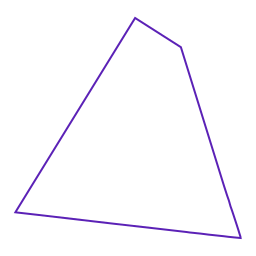 Nome nor, Telemark, Norway (Albers equal-area conic projection)
{"feature_id": "86288312B29220446300399", "entity_name": "Nome nor", "entity_type": "district", "adm_level": 2, "iso_a3": "NOR", "parent_name": "Norway", "parent_adm1": "Telemark", "projection": "albers", "projection_center": [9.279, 59.161], "detail": "fine", "context": "isolated", "style": "outline", "palette": "violet", "viewbox_px": 256, "rotation_deg": 0, "n_neighbors": 0, "source": "geoboundaries", "source_scale": "gbopen_adm2", "svg_char_len": 562}
<svg xmlns="http://www.w3.org/2000/svg" viewBox="0 0 256 256"><path d="M15.4,212.3L17.0,212.5L39.0,215.0L112.7,223.6L156.0,228.5L186.4,232.0L189.8,232.5L193.9,232.9L196.6,233.2L200.6,233.6L204.6,234.1L208.4,234.6L213.2,235.1L218.8,235.7L223.6,236.2L228.3,236.8L234.1,237.4L240.6,238.0L240.4,236.5L239.5,233.7L238.4,230.1L236.6,224.5L235.1,219.9L233.3,214.4L232.0,210.5L230.5,206.3L228.9,200.6L227.1,195.5L224.1,186.2L223.1,183.0L220.4,174.3L192.9,85.8L180.9,47.2L135.1,18.0L29.5,189.3L16.4,210.6L15.4,212.3Z" fill="none" stroke="#5b21b6" stroke-width="2"/></svg>